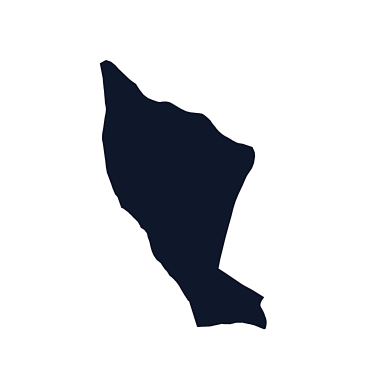 Beausejour/Ndc, Gros Islet, Saint Lucia (Mercator projection), rotated 249°
{"feature_id": "8701671B72446042689753", "entity_name": "Beausejour/Ndc", "entity_type": "district", "adm_level": 2, "iso_a3": "LCA", "parent_name": "Saint Lucia", "parent_adm1": "Gros Islet", "projection": "mercator", "projection_center": [-60.928, 14.077], "detail": "fine", "context": "isolated", "style": "filled", "palette": "ink", "viewbox_px": 384, "rotation_deg": 249, "n_neighbors": 0, "source": "geoboundaries", "source_scale": "gbopen_adm2", "svg_char_len": 4052}
<svg xmlns="http://www.w3.org/2000/svg" viewBox="0 0 384 384"><g transform="rotate(249 192 192)"><path d="M211.9,263.9L217.0,257.7L218.0,256.5L218.6,255.6L219.2,254.5L219.8,253.4L220.7,252.0L221.5,251.1L222.4,250.2L223.3,249.5L224.6,248.3L225.5,247.5L226.6,246.8L227.6,246.1L228.9,244.9L229.9,244.2L230.8,243.3L231.7,242.5L233.2,241.4L234.0,240.8L235.2,240.0L236.1,239.6L237.6,238.8L238.7,238.1L239.9,237.8L241.0,237.3L242.7,236.7L243.7,236.5L245.2,236.0L246.1,235.7L247.9,235.1L249.0,234.8L250.2,234.5L251.3,234.3L252.1,234.1L252.9,233.7L254.1,233.2L255.2,232.6L256.2,232.1L257.8,231.2L258.7,230.7L259.9,229.8L260.8,229.1L261.3,228.6L261.6,227.7L262.3,226.7L262.9,225.5L263.4,224.4L264.2,222.8L264.8,221.8L265.3,220.7L265.8,219.7L266.7,218.1L267.5,217.1L268.1,216.1L268.8,215.2L270.0,213.9L271.0,213.1L271.9,212.1L272.7,211.4L274.0,210.3L274.9,209.6L276.0,208.7L277.0,208.0L278.3,206.9L279.2,206.3L280.2,205.4L281.2,204.7L282.5,203.5L283.3,202.8L284.0,201.8L284.6,200.7L285.3,199.5L285.6,198.5L286.2,196.7L286.7,194.2L287.8,192.1L291.3,187.9L295.0,184.0L299.8,181.0L306.2,179.0L312.7,177.7L316.8,174.9L319.7,173.2L333.0,166.9L337.8,165.1L342.3,162.4L345.3,158.7L344.7,154.4L344.5,152.7L329.2,150.0L328.8,149.8L326.6,149.1L323.6,148.3L320.4,147.4L317.6,146.8L314.8,145.9L311.6,145.0L308.7,144.2L306.3,143.4L303.0,142.8L301.0,142.4L299.1,141.7L296.4,140.3L292.1,137.6L286.1,134.3L282.0,132.0L278.4,129.8L274.3,128.0L271.9,127.3L269.6,127.0L251.2,122.7L245.6,121.2L240.3,120.2L235.7,120.2L228.9,120.1L223.4,119.9L218.2,120.1L217.5,120.1L214.7,121.2L214.4,121.4L202.9,121.1L202.3,121.8L201.5,122.6L200.4,123.3L199.4,123.9L197.9,124.8L196.9,125.5L195.7,126.1L194.6,126.5L193.1,127.3L192.1,127.8L190.8,128.3L189.6,128.7L187.9,129.6L187.0,130.0L185.8,130.5L184.8,131.0L183.6,131.5L183.0,131.5L181.9,131.7L180.6,131.9L179.4,132.1L177.6,132.1L176.6,132.6L175.6,133.4L174.7,134.1L173.9,134.6L173.2,134.9L171.8,135.2L170.7,135.6L169.5,135.9L167.7,135.6L166.6,135.4L165.3,135.2L164.2,135.2L162.4,135.2L161.2,135.2L159.9,135.0L158.7,134.9L157.1,134.6L155.9,134.4L154.7,134.3L153.3,134.2L151.8,134.0L150.3,134.1L149.1,134.0L148.0,134.1L146.3,134.2L145.0,134.6L143.8,134.8L142.7,135.1L142.0,135.3L141.1,135.7L140.0,136.4L139.0,137.0L137.8,137.5L137.1,138.0L136.3,138.2L135.0,138.4L133.7,138.7L132.7,138.9L131.0,139.4L129.7,139.7L128.5,140.3L127.5,140.7L125.9,141.1L124.7,141.3L123.2,141.6L122.1,141.8L120.7,142.7L119.6,143.3L118.4,143.9L117.4,144.4L115.7,145.0L114.7,145.5L113.4,145.9L112.4,146.2L110.6,146.6L109.4,147.0L108.2,147.2L107.0,147.3L105.3,147.6L104.0,147.8L102.8,148.0L101.7,148.2L99.9,148.5L98.5,148.7L97.5,149.0L96.4,149.2L94.6,149.6L93.3,149.9L92.3,150.0L91.8,150.9L64.7,149.2L64.2,150.3L63.7,152.1L63.4,153.1L62.9,154.5L62.5,155.6L61.9,157.3L61.6,158.3L61.1,159.7L60.8,160.7L60.5,162.3L60.3,163.7L60.0,165.9L59.6,168.0L59.5,168.9L59.3,170.2L59.1,171.7L59.1,172.5L58.7,173.2L58.2,174.2L57.6,175.5L57.2,176.5L56.5,178.4L56.1,179.3L55.6,180.6L55.5,181.6L55.2,183.4L55.1,184.6L55.0,185.9L54.6,187.2L54.1,188.6L53.6,189.9L53.1,191.1L52.8,192.2L52.7,192.6L51.7,193.9L50.6,195.7L49.8,196.8L48.9,198.3L48.7,198.7L48.0,199.8L45.5,203.2L42.5,206.4L40.7,208.3L38.7,210.5L38.7,211.3L39.2,211.7L39.8,212.1L40.4,212.5L41.0,212.9L41.5,213.1L42.1,213.5L42.7,213.8L43.4,214.1L44.1,214.4L44.8,214.6L45.6,214.8L46.3,214.9L47.0,215.0L47.7,215.1L48.3,215.1L48.9,215.1L49.5,215.1L50.1,215.1L50.7,215.1L51.3,215.1L52.0,215.2L52.6,215.2L53.3,215.2L54.0,215.1L54.8,215.1L55.5,215.0L56.3,214.9L57.1,214.8L57.9,214.7L58.8,214.5L59.7,214.3L60.6,214.3L61.5,214.4L62.3,214.7L63.0,215.0L63.6,215.4L64.3,215.9L65.0,216.4L65.6,217.1L66.1,217.7L66.7,218.5L67.2,219.3L67.7,220.0L68.1,220.6L70.3,218.9L76.1,214.5L79.2,212.1L86.5,205.8L89.2,203.9L100.5,196.0L103.4,194.0L111.1,188.4L119.4,193.6L134.1,203.8L137.6,206.2L148.0,213.8L149.0,214.5L150.1,215.4L150.7,215.8L155.9,219.7L162.5,224.3L168.5,229.1L173.8,234.1L180.5,241.1L186.5,247.0L188.5,249.3L193.3,256.1L197.3,259.7L203.0,263.0L206.7,264.1L210.9,263.9L211.9,263.9Z" fill="#0f172a" stroke="#020617" stroke-width="1.5"/></g></svg>